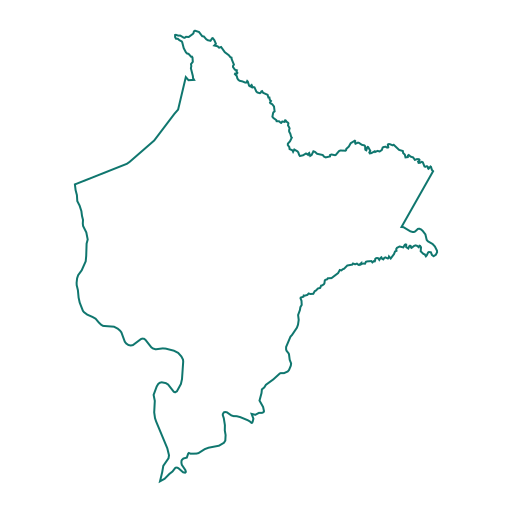 Loreto, Robinson projection
{"feature_id": "PER-585", "entity_name": "Loreto", "entity_type": "Department", "adm_level": 1, "iso_a3": "PER", "parent_name": "Peru", "parent_adm1": "", "projection": "robinson", "projection_center": [-73.566, -4.337], "detail": "fine", "context": "isolated", "style": "outline", "palette": "teal", "viewbox_px": 512, "rotation_deg": 0, "n_neighbors": 0, "source": "natural_earth", "source_scale": "10m", "svg_char_len": 6006}
<svg xmlns="http://www.w3.org/2000/svg" viewBox="0 0 512 512"><path d="M195.0,30.7L199.0,32.0L202.2,36.2L203.9,36.5L206.1,39.1L207.7,40.2L210.5,40.8L212.1,38.3L212.7,38.1L214.3,40.1L215.9,43.8L214.3,45.5L217.6,46.3L219.1,47.7L221.1,47.0L224.8,52.2L228.8,55.2L230.4,57.2L231.5,57.6L231.7,59.2L233.9,64.6L233.0,66.0L233.0,67.0L234.9,69.7L236.8,70.3L236.4,71.1L237.4,72.9L237.1,73.5L235.2,73.5L234.9,74.1L236.8,76.1L237.4,78.5L238.5,80.0L239.7,80.8L242.4,81.4L245.3,82.6L246.5,82.5L247.2,81.0L247.8,81.6L249.1,85.7L250.0,86.3L251.6,85.0L252.0,85.8L251.6,87.1L252.3,87.5L253.7,87.1L254.5,87.4L256.3,91.5L257.4,92.5L259.9,93.2L260.7,92.7L261.4,91.4L262.1,91.1L263.1,92.8L267.6,94.8L268.4,97.5L269.4,97.5L269.8,99.8L271.0,101.0L270.0,102.5L270.4,103.3L272.2,104.2L274.0,106.5L274.6,111.4L273.5,112.2L273.1,113.0L272.4,116.7L273.4,118.0L276.3,120.1L276.6,121.2L279.1,121.3L280.8,122.8L281.2,122.9L282.3,121.5L284.6,121.9L285.1,120.3L285.5,120.3L286.8,121.9L288.0,122.7L288.4,123.3L288.0,125.3L289.6,128.3L289.1,130.1L289.2,131.7L290.3,133.7L291.2,137.0L291.8,137.6L290.0,141.3L287.9,143.6L287.8,145.0L289.3,147.1L289.6,149.1L292.4,150.3L293.1,151.8L294.3,149.5L297.5,151.4L298.3,152.4L299.1,154.8L299.9,156.0L303.0,155.3L306.0,153.5L308.0,154.8L308.3,153.7L309.2,153.0L310.2,155.9L311.6,155.0L313.4,151.3L315.0,151.9L317.1,153.8L322.7,155.0L324.0,156.6L325.7,157.4L330.0,156.4L330.1,155.0L331.5,154.5L335.0,155.2L335.7,155.0L339.0,151.1L340.3,150.5L345.5,150.7L346.1,150.1L346.3,148.9L348.8,146.6L350.7,143.2L354.8,140.7L355.2,141.0L355.1,142.8L355.5,143.7L358.0,142.6L359.0,142.9L361.8,144.8L364.4,145.4L364.9,145.9L365.2,146.9L365.2,149.1L365.5,149.9L366.3,150.3L367.1,147.7L367.7,146.9L368.2,147.1L370.3,150.9L369.3,152.4L369.8,153.4L371.4,153.1L374.7,151.3L375.1,152.0L377.6,150.9L379.6,151.5L381.8,150.0L382.7,147.5L383.7,147.0L385.6,146.7L386.8,147.5L387.9,147.6L388.3,147.3L387.8,144.8L388.3,144.1L389.6,144.1L392.7,145.3L393.7,144.8L399.1,149.9L402.8,151.0L403.2,153.1L404.8,154.6L405.5,157.4L407.8,157.1L407.9,155.6L408.7,155.0L410.6,156.6L413.1,157.4L414.9,159.9L417.0,159.1L418.9,159.2L419.5,159.8L419.3,160.9L418.1,161.6L418.6,162.9L420.0,162.8L421.8,161.8L422.8,162.3L424.5,166.5L425.4,166.8L426.9,166.2L427.9,167.0L428.1,168.5L428.5,168.8L430.5,166.5L431.0,166.9L431.9,169.9L433.1,171.2L401.5,227.0L403.5,227.2L410.3,231.3L412.7,232.0L413.9,232.0L415.1,231.5L417.9,228.9L419.2,228.7L421.0,229.4L422.7,230.9L425.4,234.4L426.7,239.9L427.9,241.3L432.6,244.0L434.9,246.5L437.0,250.7L437.1,252.2L435.8,254.8L433.6,256.2L431.9,254.9L430.9,252.3L428.9,252.0L428.1,252.5L426.7,255.4L425.9,256.3L424.7,254.3L423.5,254.0L420.7,251.3L421.0,247.3L420.1,245.9L419.5,245.7L418.7,247.2L417.0,245.8L415.5,245.4L414.1,245.9L411.5,247.9L411.1,247.6L410.7,246.0L410.0,245.7L409.3,246.2L408.3,248.5L406.2,247.1L406.2,244.6L405.5,244.4L404.8,244.8L403.3,247.4L399.6,246.5L397.0,247.8L396.2,249.1L396.5,250.8L395.0,251.5L394.0,254.1L390.7,258.5L389.0,256.5L388.7,257.7L387.9,258.5L385.4,257.4L384.3,257.9L383.3,259.4L382.2,258.9L381.4,257.3L380.6,257.8L379.3,259.9L378.1,258.2L377.0,258.0L375.9,258.3L375.2,259.0L375.1,260.7L374.7,261.4L373.9,261.1L372.4,262.4L371.4,261.1L367.2,261.4L365.9,261.8L365.0,263.7L362.8,263.5L360.7,264.5L360.9,263.4L359.5,264.6L358.5,264.9L356.9,263.6L355.1,264.3L353.0,263.5L352.3,264.6L347.3,265.5L344.0,268.8L342.6,269.3L341.4,270.4L339.8,270.0L338.1,273.1L331.5,278.1L327.8,278.3L327.2,279.3L325.3,279.9L324.8,280.5L324.4,283.4L323.9,284.2L322.2,285.4L321.1,285.6L320.2,287.9L317.9,288.5L316.0,290.5L314.7,291.2L313.3,293.8L310.4,294.0L308.6,293.5L307.4,294.9L304.7,295.7L303.7,295.5L303.4,296.7L300.7,297.6L300.5,298.3L301.5,300.8L301.7,304.9L300.4,307.1L299.9,310.1L298.1,315.0L298.7,319.9L298.0,324.7L296.9,327.7L292.0,335.0L290.5,336.6L286.1,347.0L286.1,349.4L286.5,350.7L288.7,353.5L289.0,354.4L289.7,359.8L291.1,363.4L290.8,365.7L289.0,370.0L287.7,371.5L284.1,373.1L280.8,373.1L279.8,373.5L273.3,379.4L265.9,384.8L264.3,387.4L261.9,389.4L261.5,393.1L259.5,400.6L263.1,407.0L264.0,411.2L263.5,412.2L261.9,412.9L258.9,412.9L255.3,414.8L251.6,413.9L253.4,418.7L252.7,421.5L252.2,422.7L251.5,422.9L249.8,421.4L247.7,420.2L240.2,417.1L236.7,416.2L233.5,416.1L231.3,415.4L226.9,412.3L225.1,412.0L223.8,412.4L222.8,414.2L222.8,415.2L223.8,418.2L224.9,425.2L224.8,430.4L225.6,435.1L225.3,440.6L223.9,442.8L219.0,445.7L208.6,447.7L204.8,449.1L198.5,453.1L196.3,453.6L190.6,453.7L188.8,453.0L188.2,453.6L186.8,457.6L183.4,458.5L182.0,459.8L181.5,460.8L181.4,462.8L181.8,464.8L185.3,470.0L185.8,471.5L185.7,472.2L185.1,472.7L183.1,472.3L178.4,468.2L177.0,467.6L176.0,467.6L175.2,468.0L172.5,471.5L169.4,473.9L164.6,478.8L160.0,481.3L162.2,472.2L163.3,465.8L168.5,458.3L169.0,455.3L167.3,448.3L156.1,421.4L155.0,418.1L154.2,412.4L154.8,400.9L153.6,394.9L156.7,386.5L158.2,384.0L159.7,382.8L161.7,382.3L165.8,383.1L168.1,384.5L173.8,391.8L175.1,392.3L176.9,391.3L180.9,384.0L182.0,379.1L183.2,361.6L183.0,359.6L181.4,356.5L178.2,352.9L173.9,350.7L165.7,348.6L162.7,348.4L155.7,349.3L153.0,348.5L151.3,347.3L145.5,339.9L144.1,338.8L142.3,338.6L140.9,339.1L132.9,345.1L130.7,345.5L128.4,345.0L126.2,343.5L124.8,341.7L121.4,332.4L120.1,330.7L117.8,328.7L114.0,326.7L103.1,325.9L101.2,324.8L98.8,322.5L95.6,318.7L92.6,317.0L87.2,314.6L83.9,312.1L82.9,310.8L79.7,302.6L78.6,297.6L77.9,290.2L76.7,285.2L76.6,282.8L77.1,278.3L78.2,275.1L81.7,270.3L85.7,261.3L86.2,256.0L86.6,243.6L87.7,239.5L86.3,232.4L83.1,226.0L82.8,223.6L83.0,219.9L82.0,215.9L81.4,211.2L79.6,205.6L77.3,201.1L76.9,195.1L75.6,190.1L74.9,184.4L126.9,163.8L129.6,161.9L154.2,140.5L174.5,113.7L178.1,109.6L185.8,77.1L188.5,80.2L194.1,79.9L193.0,78.0L192.9,76.2L190.9,68.3L191.3,66.1L191.0,64.1L192.8,61.8L192.5,57.6L192.0,56.7L191.2,56.8L188.5,53.8L187.2,53.6L185.9,52.3L183.7,48.1L182.2,42.2L181.7,41.4L179.4,40.2L177.8,38.8L176.0,38.7L175.1,37.1L175.1,35.0L175.8,34.8L178.2,35.6L180.3,35.6L183.6,37.6L184.7,37.8L186.0,36.8L188.7,37.0L192.9,33.9L193.5,33.1L193.9,31.4L195.0,30.7Z" fill="none" stroke="#0f766e" stroke-width="2"/></svg>